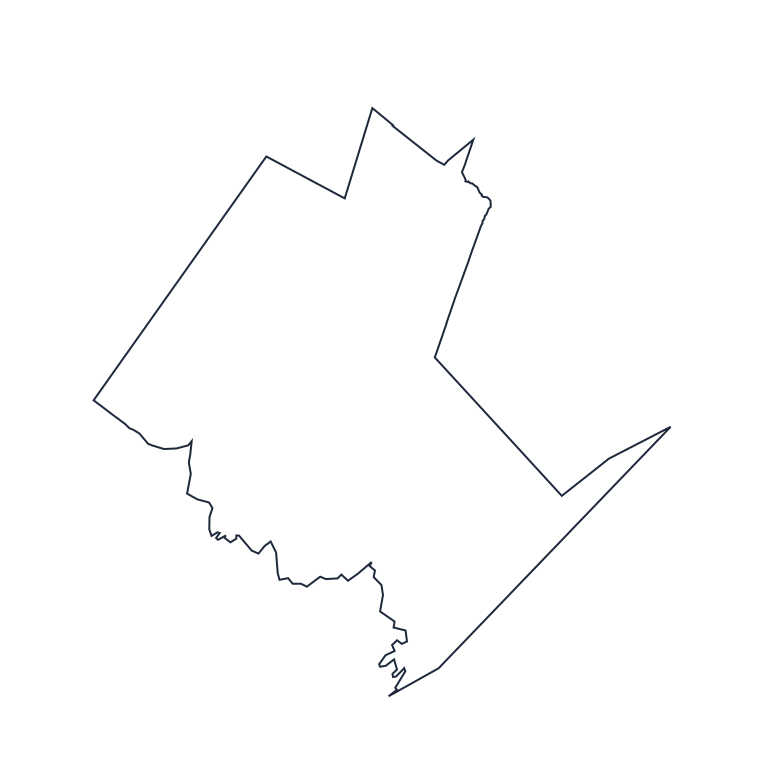 outline of Santa Cruz Tacache de Mina, Oaxaca, Mexico, rotated 228°
{"feature_id": "50627088B6495854920527", "entity_name": "Santa Cruz Tacache de Mina", "entity_type": "district", "adm_level": 2, "iso_a3": "MEX", "parent_name": "Mexico", "parent_adm1": "Oaxaca", "projection": "natural_earth1", "projection_center": [-98.17, 17.817], "detail": "fine", "context": "isolated", "style": "outline", "palette": "slate", "viewbox_px": 768, "rotation_deg": 228, "n_neighbors": 0, "source": "geoboundaries", "source_scale": "gbopen_adm2", "svg_char_len": 2146}
<svg xmlns="http://www.w3.org/2000/svg" viewBox="0 0 768 768"><g transform="rotate(228 384 384)"><path d="M136.2,234.3L136.7,241.0L139.5,280.1L140.7,296.5L142.2,317.2L143.4,334.3L144.7,351.4L146.0,369.9L147.5,390.2L148.4,403.2L149.5,418.4L150.6,432.6L151.6,447.1L155.1,495.1L160.4,568.4L178.1,501.0L178.7,490.7L181.9,441.3L189.3,441.2L249.3,440.7L369.7,439.5L386.8,470.4L388.4,472.8L392.0,479.4L399.3,492.5L400.5,494.6L401.0,495.6L411.6,515.6L411.8,515.9L418.8,529.2L420.2,531.5L423.9,538.2L426.5,543.1L436.5,561.7L437.6,564.8L439.2,566.5L439.5,568.8L441.5,571.6L441.4,573.3L444.2,579.1L444.2,581.7L445.9,583.4L447.9,584.9L449.1,585.8L451.8,585.9L453.8,585.5L457.0,582.7L458.7,582.7L459.1,583.4L462.5,583.2L467.7,585.0L472.4,583.9L473.7,584.0L475.4,582.5L477.8,582.2L477.6,581.8L480.1,580.2L480.3,580.9L483.6,582.1L489.2,583.6L493.0,591.2L493.7,592.4L494.0,592.8L502.9,608.7L503.4,609.6L504.5,611.5L505.2,612.6L505.8,613.8L507.1,585.2L507.1,583.2L507.3,581.9L506.6,575.4L507.3,575.2L507.9,575.0L514.3,572.7L517.8,572.0L570.1,563.1L570.2,563.9L594.0,560.4L596.8,559.9L548.2,479.0L631.8,448.8L616.8,382.0L566.2,157.3L543.2,161.7L527.3,164.9L521.5,165.2L517.7,167.1L510.8,169.1L497.3,168.7L495.9,169.5L493.3,170.7L482.9,177.0L475.0,186.6L469.4,197.5L470.2,202.8L461.2,192.8L457.1,187.5L455.9,186.2L446.5,180.3L434.3,164.3L423.2,168.1L413.0,174.7L406.6,173.5L401.8,165.2L392.9,156.9L386.5,154.2L385.2,161.0L383.2,162.2L381.9,156.2L379.3,156.4L377.2,165.2L376.9,162.5L369.1,163.9L367.9,170.7L370.2,172.9L368.5,174.8L348.8,174.2L342.0,177.2L343.5,187.0L342.8,194.4L330.9,191.0L314.6,178.5L308.4,175.3L303.9,182.8L296.7,182.5L291.2,188.6L285.0,191.1L283.5,207.6L277.9,210.3L270.6,219.4L270.9,224.8L261.9,225.6L260.5,237.6L260.0,255.7L258.2,251.5L251.5,252.5L247.4,247.1L236.3,247.6L227.9,242.1L217.6,228.9L200.4,232.9L196.6,228.2L186.4,235.1L177.3,228.8L178.9,223.4L184.8,222.2L184.6,215.3L178.5,213.3L181.4,203.6L179.0,192.9L176.5,191.9L173.4,196.8L172.6,207.2L163.1,202.6L162.9,196.3L160.2,194.7L158.6,197.1L159.1,206.8L159.4,208.8L156.3,207.7L150.7,189.1L148.1,189.0L148.9,178.5L136.2,234.3Z" fill="none" stroke="#1e293b" stroke-width="2"/></g></svg>